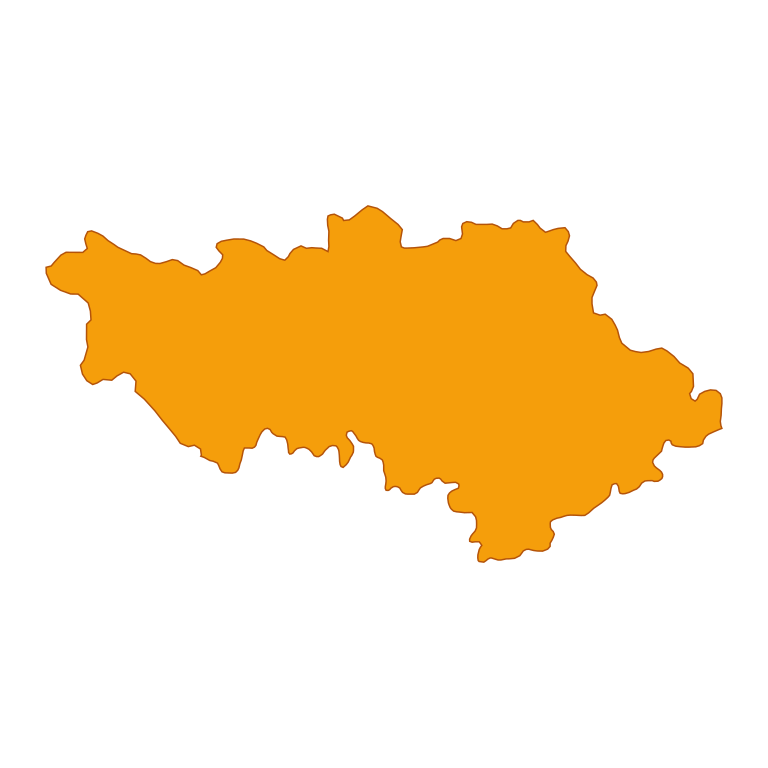 Myadzyel, Minsk, Belarus (Albers equal-area conic projection)
{"feature_id": "67162791B89573771278316", "entity_name": "Myadzyel", "entity_type": "district", "adm_level": 2, "iso_a3": "BLR", "parent_name": "Belarus", "parent_adm1": "Minsk", "projection": "albers", "projection_center": [26.974, 54.814], "detail": "fine", "context": "isolated", "style": "filled", "palette": "amber", "viewbox_px": 768, "rotation_deg": 0, "n_neighbors": 0, "source": "geoboundaries", "source_scale": "gbopen_adm2", "svg_char_len": 6078}
<svg xmlns="http://www.w3.org/2000/svg" viewBox="0 0 768 768"><path d="M135.2,391.4L144.3,399.1L154.8,410.7L162.3,420.3L169.7,429.1L175.7,436.4L180.3,443.3L188.3,446.6L194.4,445.2L200.5,449.0L201.4,455.2L200.8,456.2L204.2,457.4L209.8,460.5L213.1,461.2L217.5,463.1L218.7,465.5L220.1,469.0L222.0,471.8L224.8,472.8L229.3,473.0L232.3,473.1L235.6,472.4L237.7,470.3L238.9,467.9L239.9,463.7L241.3,459.9L242.5,454.3L243.2,450.8L244.4,448.0L249.3,448.0L252.2,448.2L254.5,447.1L255.9,445.4L256.7,442.4L257.8,439.8L260.2,434.6L261.9,431.8L264.7,429.0L267.5,428.3L270.1,429.5L271.7,432.3L273.1,433.7L276.9,436.1L279.5,436.4L282.5,436.6L285.1,437.1L286.7,439.9L287.7,443.9L287.9,445.6L288.0,446.8L288.2,448.6L288.5,450.7L288.6,452.5L289.8,454.1L291.5,453.8L293.0,452.9L294.5,450.8L296.8,448.7L298.9,448.0L303.1,447.3L304.9,447.4L307.1,448.3L309.1,449.4L311.6,451.9L312.7,453.5L314.2,455.7L316.7,456.6L318.7,456.6L320.4,455.6L322.5,454.1L324.1,451.8L325.3,450.2L327.8,447.9L329.1,446.6L332.4,445.5L335.9,445.8L337.1,446.9L338.4,449.3L338.9,451.1L339.3,454.9L339.5,458.5L339.6,461.3L340.1,464.5L341.0,466.5L343.1,467.4L346.2,464.7L348.2,462.1L350.6,457.0L351.7,455.5L353.3,452.2L353.5,450.4L353.5,446.3L352.1,443.8L349.9,440.6L347.2,437.7L346.3,435.3L347.0,432.2L348.7,431.3L351.2,430.7L352.6,431.4L354.4,433.8L355.9,435.8L357.2,438.2L358.6,440.3L360.4,441.5L363.1,442.4L366.0,442.9L368.7,443.0L371.7,443.8L373.0,445.4L374.1,448.0L374.5,451.6L375.3,454.5L376.0,456.3L377.5,457.3L379.8,458.2L382.3,459.9L383.1,462.0L383.7,465.2L383.7,470.7L384.9,474.3L385.8,477.3L386.1,481.0L385.8,483.8L385.3,486.7L385.3,488.5L386.1,490.3L388.0,490.4L388.6,490.3L389.8,489.5L390.9,488.2L393.3,486.7L395.1,486.4L397.4,486.7L399.8,488.0L400.7,489.7L401.4,490.8L402.6,492.4L405.4,493.9L407.6,494.1L414.4,494.1L417.4,492.4L418.9,490.0L420.4,487.9L423.4,486.1L426.7,484.7L430.5,483.5L432.0,482.6L433.2,480.7L434.3,479.2L436.2,478.3L439.1,478.1L440.6,479.0L442.1,481.0L445.1,483.2L449.2,482.8L452.2,482.5L455.6,482.3L458.7,484.0L459.0,485.8L458.4,488.2L454.7,489.7L451.6,491.2L449.5,493.0L448.0,495.3L447.8,498.3L448.4,502.9L449.2,505.2L450.2,507.6L451.3,509.1L453.6,511.1L456.6,511.8L459.9,512.1L464.6,512.7L467.1,512.6L472.1,512.5L475.6,516.8L476.5,520.4L476.6,524.3L476.5,527.9L475.1,531.1L472.7,533.8L471.1,535.9L469.6,539.2L469.7,541.3L472.1,542.2L475.2,541.8L479.2,541.8L480.4,543.3L481.8,545.4L480.3,547.4L479.2,549.6L478.3,553.2L477.9,554.9L477.8,557.9L478.2,560.5L479.1,561.5L483.5,562.1L483.9,562.1L485.8,560.8L488.0,559.0L490.1,558.0L491.5,558.0L495.1,559.1L498.1,560.0L500.8,560.0L506.1,558.9L509.4,558.8L514.6,558.3L519.8,555.7L521.6,553.3L523.3,550.9L526.2,549.4L528.7,549.2L531.3,549.9L533.7,550.5L537.5,551.0L542.6,551.1L545.0,550.2L547.7,549.1L550.1,546.4L550.1,543.2L551.9,540.2L553.3,537.2L554.3,534.2L553.2,531.5L551.3,529.5L550.4,527.4L550.2,523.6L550.5,521.7L552.7,519.9L556.9,518.2L560.7,517.4L563.9,516.3L567.0,515.4L570.3,515.1L575.3,515.2L581.2,515.5L584.8,515.4L588.6,512.9L593.8,508.2L597.6,505.6L601.6,502.8L605.1,499.9L607.9,497.3L609.6,495.3L610.3,492.3L611.0,488.3L612.1,484.8L614.5,483.7L616.6,483.6L618.3,486.1L618.7,487.9L619.3,491.5L620.2,493.3L622.7,493.8L625.1,493.6L629.1,492.4L633.6,490.2L636.6,489.0L639.3,486.7L641.7,483.1L644.9,481.0L647.3,480.7L652.2,480.6L654.2,481.4L658.0,481.2L659.9,480.1L661.9,478.5L662.6,476.7L662.6,474.4L661.5,472.1L659.7,470.3L656.2,467.7L654.3,465.9L653.6,464.4L652.6,462.4L653.0,460.0L654.2,458.2L659.0,453.6L661.5,451.2L662.1,448.7L663.1,445.3L663.9,443.1L665.8,440.5L668.8,440.0L670.9,441.2L671.2,443.0L672.3,444.8L675.8,446.2L680.1,446.7L685.0,447.1L689.2,447.1L695.8,446.8L699.4,445.7L702.7,443.6L703.4,440.1L705.9,436.3L708.5,434.2L713.9,431.7L719.3,429.4L721.9,428.4L720.9,425.6L720.3,421.4L721.1,415.4L721.4,408.7L721.9,403.6L721.9,397.9L720.3,393.7L716.1,390.4L710.4,389.9L704.7,391.4L699.6,394.2L697.2,399.3L695.1,401.1L691.2,398.7L689.6,393.6L691.4,391.5L693.5,386.4L692.9,373.8L688.2,368.1L679.7,363.0L674.0,356.5L666.9,350.9L661.8,348.1L656.1,349.1L648.6,351.5L641.1,352.5L635.5,351.6L630.3,350.2L621.8,343.2L619.4,337.6L617.5,330.1L615.1,325.0L611.8,319.3L605.2,314.2L600.1,315.2L593.5,312.9L592.0,303.8L592.0,297.5L593.7,293.3L597.0,285.4L596.4,282.1L593.1,278.0L587.1,274.7L580.4,269.3L575.6,263.1L569.6,256.2L565.7,251.4L565.9,245.7L568.0,241.2L569.5,235.8L568.3,231.6L565.0,227.7L558.1,228.4L553.3,229.6L549.1,231.1L545.5,232.3L540.1,228.1L537.4,224.5L533.2,220.4L529.0,221.9L523.3,221.9L520.3,220.4L517.9,220.4L513.4,223.4L510.7,227.9L506.9,228.8L502.1,228.8L497.3,225.9L492.2,224.1L487.1,224.4L476.0,224.4L471.5,222.3L466.7,221.7L462.8,223.5L461.6,226.8L462.5,234.0L461.0,238.5L455.9,240.6L449.6,238.5L443.1,238.5L439.8,240.0L437.7,242.1L427.5,246.3L423.3,246.9L414.0,247.8L406.5,248.1L404.4,248.1L401.4,246.9L400.2,241.8L400.8,237.9L402.3,229.6L398.1,224.5L390.6,218.5L386.4,214.9L382.5,211.6L377.2,208.3L367.9,205.9L362.2,209.8L354.7,216.0L349.3,219.9L343.6,220.5L342.4,218.1L334.3,214.2L330.7,214.8L328.0,216.0L327.4,219.3L327.7,225.3L328.9,231.3L328.6,240.2L328.9,246.5L328.0,251.6L321.7,248.3L315.7,248.0L311.8,247.7L306.4,248.3L301.0,245.9L293.5,249.4L289.9,253.6L288.4,256.6L284.8,260.2L279.7,258.7L273.7,254.8L266.8,250.5L263.8,246.9L256.7,243.3L250.7,240.9L243.8,239.1L233.9,239.0L226.7,240.2L221.3,241.3L217.1,243.7L216.2,247.3L218.9,250.9L222.7,254.8L222.4,258.4L220.3,262.3L215.8,267.7L209.8,271.0L204.9,273.9L201.3,274.8L197.8,270.6L190.9,267.6L184.0,265.1L177.7,260.6L172.3,259.6L166.3,261.7L160.0,263.5L155.5,263.4L150.4,261.6L146.0,258.3L140.6,254.9L136.1,254.0L131.6,253.7L125.6,250.9L117.9,247.3L114.0,244.5L108.0,240.6L103.0,236.1L97.9,233.3L91.6,230.9L87.7,231.7L85.9,235.3L84.7,238.9L85.8,243.7L87.3,248.5L82.8,252.4L66.0,252.3L60.9,255.1L54.2,262.4L51.2,266.0L46.1,267.3L46.3,273.3L51.1,284.3L60.5,290.3L70.7,294.0L78.1,294.1L88.2,303.0L90.4,311.1L91.0,319.9L86.6,324.2L86.5,339.6L87.9,347.0L84.1,360.2L80.4,365.3L82.5,374.1L86.8,380.7L92.7,384.5L97.1,383.0L103.0,379.4L111.8,380.2L117.0,375.9L123.6,372.2L130.2,373.8L136.0,381.1L135.2,391.4Z" fill="#f59e0b" stroke="#b45309" stroke-width="1.5"/></svg>